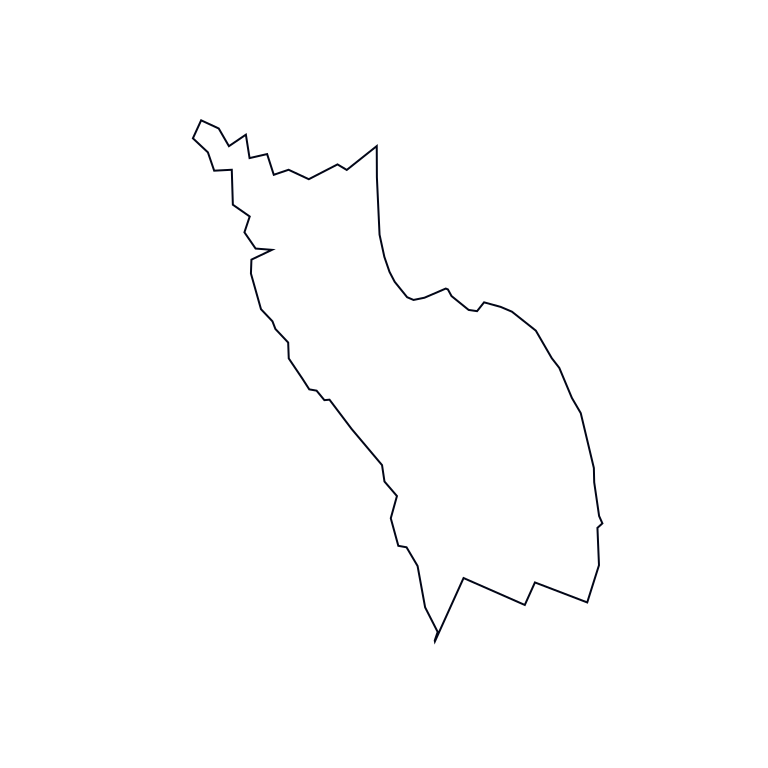 outline of Santa Cruz, California, United States of America, rotated 204°
{"feature_id": "52423323B68447963014117", "entity_name": "Santa Cruz", "entity_type": "district", "adm_level": 2, "iso_a3": "USA", "parent_name": "United States of America", "parent_adm1": "California", "projection": "equal_earth", "projection_center": [-121.926, 37.068], "detail": "fine", "context": "isolated", "style": "outline", "palette": "ink", "viewbox_px": 768, "rotation_deg": 204, "n_neighbors": 0, "source": "geoboundaries", "source_scale": "gbopen_adm2", "svg_char_len": 1102}
<svg xmlns="http://www.w3.org/2000/svg" viewBox="0 0 768 768"><g transform="rotate(204 384 384)"><path d="M658.3,550.5L658.5,530.7L639.1,524.0L625.9,509.8L610.2,517.8L595.0,486.3L574.8,482.4L573.2,465.8L556.4,455.5L540.9,461.0L555.7,443.7L550.5,430.8L526.8,402.3L511.4,395.9L505.6,390.1L488.4,382.9L481.4,368.6L460.6,355.6L450.1,348.7L442.9,350.5L431.9,345.0L427.4,347.5L395.2,329.7L352.8,309.1L343.9,295.1L326.6,286.9L323.2,264.1L305.1,242.0L297.0,244.0L279.3,231.4L255.6,196.7L234.1,179.3L233.3,170.3L232.8,169.6L232.4,239.1L165.5,239.4L165.4,264.1L109.5,267.1L113.9,305.9L130.5,339.4L127.8,345.5L133.8,350.9L152.0,379.7L158.1,392.6L192.4,437.4L206.7,447.7L230.4,470.0L241.2,475.8L267.0,494.5L294.6,501.6L296.5,502.1L308.7,501.9L325.8,499.3L328.6,488.4L336.8,486.1L358.1,491.8L364.1,496.4L366.4,496.3L382.1,479.3L391.2,472.8L398.2,472.7L415.8,481.7L424.6,488.7L435.4,500.3L448.8,518.6L474.6,570.0L487.4,598.4L505.1,564.4L515.8,565.7L536.0,540.5L558.3,540.9L569.8,530.3L584.3,546.5L598.7,535.7L611.6,555.6L622.4,538.2L638.9,550.2L658.3,550.5Z" fill="none" stroke="#020617" stroke-width="2"/></g></svg>